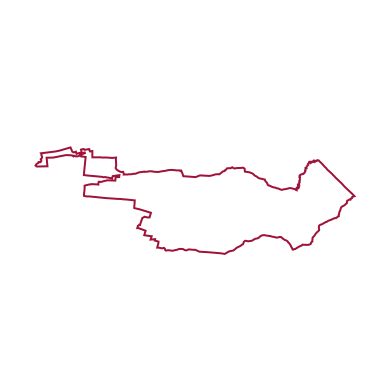 the district of Sinesti, Iasi, Romania, rotated 285°
{"feature_id": "2599482B42807435674688", "entity_name": "Sinesti", "entity_type": "district", "adm_level": 2, "iso_a3": "ROU", "parent_name": "Romania", "parent_adm1": "Iasi", "projection": "mercator", "projection_center": [27.207, 47.114], "detail": "fine", "context": "isolated", "style": "outline", "palette": "rose", "viewbox_px": 384, "rotation_deg": 285, "n_neighbors": 0, "source": "geoboundaries", "source_scale": "gbopen_adm2", "svg_char_len": 6037}
<svg xmlns="http://www.w3.org/2000/svg" viewBox="0 0 384 384"><g transform="rotate(285 192 192)"><path d="M227.7,348.2L228.8,348.1L230.0,350.0L231.6,347.4L236.7,337.9L239.0,334.4L243.1,326.8L244.1,325.4L244.9,323.8L245.7,322.7L248.8,316.6L249.7,315.6L250.7,313.7L253.0,310.2L254.5,307.4L255.2,306.4L255.3,305.6L255.1,305.5L255.1,305.0L254.3,304.5L254.3,304.4L254.6,304.1L254.5,303.8L254.0,303.5L253.4,303.3L253.9,301.9L253.7,301.9L253.3,302.5L252.7,302.3L252.8,302.1L253.2,302.0L253.5,301.6L253.2,301.4L252.7,301.5L252.3,301.1L252.6,300.4L252.0,300.1L252.1,299.6L252.0,299.0L251.8,299.0L251.3,299.6L250.7,299.1L251.1,298.8L251.1,298.2L251.5,297.6L251.2,297.3L249.5,297.2L249.0,296.8L248.3,297.2L248.0,296.8L247.5,296.8L247.1,296.5L245.5,296.2L244.8,295.5L244.6,295.7L244.3,296.2L243.9,295.6L242.9,295.8L242.3,295.6L242.2,295.7L242.3,296.0L241.6,296.2L240.8,295.8L239.9,295.8L238.9,295.3L238.8,294.9L238.7,294.8L238.2,294.7L238.1,294.1L237.3,293.3L237.2,292.9L236.4,292.0L235.7,291.7L234.9,291.8L234.9,292.0L234.3,291.9L234.1,292.5L233.6,292.4L232.8,292.8L232.3,292.8L231.6,293.2L230.6,292.8L229.7,293.4L229.3,293.0L228.8,293.4L228.4,293.2L227.7,293.3L227.3,293.2L227.1,292.8L226.7,292.3L226.4,292.4L226.2,292.5L226.4,293.3L226.3,293.9L226.0,294.0L225.7,294.0L225.4,293.4L225.2,293.2L224.7,293.0L224.1,293.3L223.9,294.0L223.2,293.9L223.2,293.7L223.7,293.5L223.7,292.5L223.3,292.0L223.0,292.1L222.7,292.7L222.5,292.4L222.3,292.4L221.8,292.6L220.9,292.7L221.1,292.1L220.9,291.6L221.4,291.1L221.3,286.1L220.7,284.6L220.0,283.5L219.0,281.6L218.6,280.5L217.3,278.1L217.4,275.9L217.6,275.2L217.7,274.3L217.5,272.7L217.8,271.2L217.6,269.6L217.7,267.9L218.3,264.8L218.1,264.2L218.5,263.3L219.9,262.4L220.5,261.7L221.6,260.0L222.2,259.4L222.9,259.1L222.8,257.9L222.8,256.1L222.6,253.5L222.8,252.4L223.7,250.4L224.1,248.3L225.4,246.1L225.6,245.0L225.9,242.2L225.4,237.8L228.1,236.8L228.4,236.2L228.7,235.0L227.9,233.0L226.7,229.0L225.8,227.2L225.7,226.3L226.3,224.4L225.0,223.3L224.5,221.3L224.1,220.5L224.0,219.8L221.7,218.7L221.4,218.1L220.8,218.1L219.8,216.5L216.1,213.8L216.0,212.6L214.9,209.7L213.9,208.3L212.1,204.9L210.1,195.4L207.3,191.6L206.2,185.6L205.0,179.5L207.0,178.3L209.8,176.1L209.5,175.7L209.2,175.6L209.4,174.6L209.7,174.5L208.9,171.5L208.1,166.6L206.9,163.2L205.5,160.7L204.3,157.7L202.6,154.2L202.4,153.4L201.8,150.5L201.6,148.1L201.0,145.3L200.4,144.4L199.1,140.7L199.3,140.5L198.0,137.6L197.8,136.9L197.1,135.5L195.0,132.7L194.5,130.9L193.3,128.5L192.8,126.5L192.1,124.9L191.7,123.0L191.4,122.3L191.2,121.5L192.0,121.4L193.7,120.2L193.6,119.9L193.2,119.4L193.0,118.6L193.0,117.8L193.4,115.3L194.3,113.2L195.5,112.0L198.1,111.9L204.0,110.0L205.6,109.7L204.5,106.8L204.1,105.4L203.1,100.1L202.0,96.1L201.7,93.9L201.4,93.2L200.5,89.7L199.7,86.8L205.8,85.1L205.5,84.4L204.9,83.5L204.8,82.9L206.6,81.8L206.4,81.4L206.7,81.2L204.9,77.3L205.0,76.9L205.5,76.4L205.5,76.2L204.2,73.8L201.7,75.2L199.7,71.6L198.9,70.6L200.9,69.4L199.6,67.6L199.9,66.0L203.6,63.1L198.0,53.9L196.0,50.1L190.3,36.1L189.5,36.9L188.6,37.0L187.2,38.1L186.7,38.2L185.7,38.1L184.5,37.4L184.2,37.6L183.9,38.1L182.7,38.4L181.6,37.9L181.4,37.6L181.3,37.1L181.5,36.6L181.1,36.0L180.2,36.0L179.5,35.2L178.8,34.6L177.1,34.0L176.5,35.1L176.5,35.7L179.4,45.7L187.5,42.7L189.3,49.0L195.0,60.6L196.2,65.8L196.3,66.9L195.9,68.0L196.2,68.0L196.5,68.4L196.3,70.2L196.8,72.1L197.1,72.8L197.7,73.5L199.4,74.3L200.8,75.4L201.0,75.9L202.4,78.1L201.8,78.5L200.7,76.9L199.7,75.7L198.9,75.5L197.7,75.5L198.3,80.2L184.1,82.5L180.4,83.2L180.8,86.3L183.1,99.7L183.4,101.7L183.3,102.7L183.9,104.0L184.5,111.3L186.8,111.3L189.5,117.5L187.6,117.8L186.8,115.2L186.2,114.4L183.2,115.0L181.3,106.9L180.9,106.4L180.3,105.1L178.5,102.1L177.9,100.6L178.0,99.6L177.6,99.3L177.0,99.2L174.9,99.6L174.7,97.9L174.0,94.9L173.9,94.0L173.6,93.0L173.1,92.4L173.1,91.6L170.8,87.4L170.3,86.6L167.5,87.4L161.1,88.4L160.3,88.7L160.2,89.1L160.7,92.5L161.0,93.2L161.8,97.9L164.0,111.3L165.2,117.3L165.9,121.1L166.8,124.9L167.2,127.8L167.8,130.7L169.1,138.9L161.6,140.3L161.5,141.0L161.6,142.3L161.7,145.8L161.3,157.7L156.5,157.6L155.9,155.6L155.8,152.5L154.8,151.7L154.2,150.8L147.4,150.3L146.8,150.4L146.7,149.5L146.0,149.3L145.3,148.5L143.0,148.5L143.3,149.3L142.6,157.2L137.9,157.1L138.8,164.5L135.3,164.3L136.9,168.5L135.5,168.5L135.4,172.5L133.5,172.8L129.3,172.8L129.6,174.0L129.7,176.2L129.8,177.2L130.0,178.2L130.7,179.0L130.8,179.4L130.2,180.5L129.5,180.8L128.8,181.4L128.7,181.9L129.6,184.1L130.3,188.8L131.5,190.7L132.3,192.5L132.9,193.2L133.8,194.7L134.4,197.3L134.5,198.4L134.0,199.9L134.1,201.6L135.4,203.2L135.8,203.9L136.1,206.0L136.6,208.7L137.0,209.9L136.8,211.5L136.3,214.0L136.4,215.3L137.8,222.1L140.1,234.7L140.6,238.8L140.6,239.4L140.6,239.5L141.6,240.6L143.9,242.8L144.4,243.5L146.1,246.9L146.8,247.6L149.7,249.6L152.7,253.0L154.0,253.8L154.7,254.8L157.3,255.0L158.6,255.9L158.8,256.7L158.9,259.0L160.2,262.0L160.7,262.8L162.3,264.2L163.2,265.2L163.9,266.7L164.8,268.1L167.4,269.8L168.5,271.4L169.0,272.8L169.5,278.0L169.7,279.0L169.6,281.3L169.9,283.0L169.7,284.4L170.1,286.4L171.2,288.1L171.5,289.9L171.3,290.3L170.9,290.9L170.8,291.5L170.4,291.9L169.8,293.8L169.5,295.9L169.2,296.9L168.0,298.3L167.6,299.2L166.7,300.3L165.4,301.6L164.9,301.8L164.2,302.8L162.5,304.0L162.4,304.5L162.5,304.8L163.3,305.5L163.6,306.4L166.7,309.3L168.9,312.0L169.4,312.1L169.8,312.5L169.9,313.5L171.0,317.9L172.3,320.0L172.6,320.1L174.0,320.1L175.4,321.1L176.2,320.7L177.7,320.6L178.9,320.3L180.0,320.7L181.2,321.5L183.5,322.2L185.4,323.1L186.2,323.7L187.9,324.7L188.5,324.6L189.2,324.2L190.7,323.7L192.2,323.5L192.8,323.7L193.8,324.7L194.2,325.6L197.4,328.8L197.8,329.6L199.4,331.0L201.9,334.5L202.8,335.3L203.4,336.5L203.9,337.0L204.2,337.9L204.7,338.4L206.1,339.3L206.6,340.1L206.8,340.1L207.8,339.6L209.1,339.8L210.6,339.5L212.2,339.9L215.7,340.0L217.1,341.0L217.8,341.9L218.8,342.8L221.4,344.5L222.8,344.1L223.8,344.2L224.5,345.2L225.4,345.8L225.6,346.3L225.5,346.9L225.7,347.1L226.2,346.9L226.8,347.2L227.1,347.7L227.4,347.8L227.7,348.2Z" fill="none" stroke="#9f1239" stroke-width="2"/></g></svg>